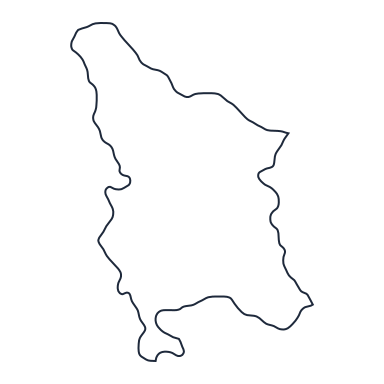 outline of Pedro Brand, Santo Domingo, Dominican Republic
{"feature_id": "3306468B67900396339745", "entity_name": "Pedro Brand", "entity_type": "district", "adm_level": 2, "iso_a3": "DOM", "parent_name": "Dominican Republic", "parent_adm1": "Santo Domingo", "projection": "robinson", "projection_center": [-70.09, 18.624], "detail": "fine", "context": "isolated", "style": "outline", "palette": "slate", "viewbox_px": 384, "rotation_deg": 0, "n_neighbors": 0, "source": "geoboundaries", "source_scale": "gbopen_adm2", "svg_char_len": 5167}
<svg xmlns="http://www.w3.org/2000/svg" viewBox="0 0 384 384"><path d="M78.2,29.9L77.1,31.3L76.1,32.8L74.4,36.6L72.1,40.8L71.7,41.8L71.3,43.8L71.2,45.9L71.3,46.9L71.9,48.8L72.4,49.7L73.0,50.3L75.9,52.4L78.2,54.4L80.5,56.8L82.5,59.5L83.5,61.4L84.7,64.4L86.4,68.0L87.1,69.8L87.6,72.0L88.2,78.3L88.7,80.2L89.0,81.1L89.5,81.9L90.0,82.5L92.7,84.6L94.0,86.0L95.1,87.5L95.9,89.4L96.4,91.5L96.7,94.9L96.7,100.6L96.4,105.2L96.2,107.5L95.7,109.6L95.1,111.5L93.9,114.1L93.3,115.9L93.1,117.9L93.4,120.0L93.7,121.0L94.8,122.9L98.0,127.2L99.1,129.1L99.9,131.1L101.3,137.3L101.7,138.3L102.7,140.0L103.3,140.7L104.7,142.0L106.2,143.0L108.7,144.4L110.2,145.6L111.4,147.0L112.4,148.7L113.1,150.7L114.0,154.9L114.6,156.9L115.5,158.9L119.0,164.2L119.7,165.9L119.9,167.5L119.5,170.4L119.5,171.1L120.1,172.6L121.2,173.9L122.6,174.9L124.2,175.5L127.5,176.2L128.3,176.6L129.0,177.1L129.6,177.9L130.0,178.8L130.3,180.6L130.1,182.6L129.8,183.5L129.3,184.3L128.7,185.1L124.2,187.8L121.6,189.1L120.6,189.3L118.6,189.5L115.7,189.2L113.9,188.7L111.0,187.2L110.3,186.9L109.4,186.9L108.6,187.0L107.9,187.4L106.6,188.5L106.0,189.3L105.6,190.1L105.4,191.1L105.3,192.2L105.6,194.2L106.4,196.0L108.2,199.3L109.9,203.2L111.8,206.7L112.6,208.5L112.9,209.6L113.3,211.7L113.2,213.9L113.1,215.0L112.6,217.1L111.6,219.1L106.3,226.2L103.4,231.8L99.2,237.7L98.5,239.5L98.3,240.5L98.5,241.5L98.8,242.4L99.7,244.2L103.4,249.3L105.7,254.0L106.8,255.9L109.6,259.4L118.1,268.6L119.4,270.4L120.5,272.3L120.8,273.3L121.0,274.3L121.0,276.5L120.5,278.4L118.5,282.6L118.2,283.6L117.8,285.7L117.7,287.9L117.8,288.9L118.3,291.0L118.8,291.8L119.9,293.2L121.4,294.0L122.2,294.2L122.9,294.1L125.4,293.0L126.8,292.6L127.6,292.7L128.3,292.9L129.0,293.3L129.6,294.0L130.3,295.5L131.2,299.2L131.9,301.2L133.0,303.1L136.8,308.6L137.8,310.5L138.4,312.6L139.3,316.8L140.0,318.9L141.0,320.8L144.0,325.0L144.9,326.7L145.2,327.6L145.3,328.6L145.2,329.6L144.9,330.5L143.9,332.2L141.5,335.4L140.3,337.2L139.8,338.2L139.1,340.3L138.7,343.7L138.5,348.1L138.7,351.4L139.1,353.4L139.5,354.3L140.0,355.2L141.3,356.5L145.9,359.4L147.6,360.2L148.6,360.5L150.6,360.8L155.6,361.0L156.2,358.0L156.6,357.0L157.5,355.3L158.8,353.8L159.6,353.2L160.4,352.7L162.3,352.0L164.4,351.7L166.4,351.7L168.5,351.9L170.5,352.3L172.4,353.0L176.2,355.3L178.0,356.0L179.8,356.0L180.7,355.8L182.3,354.9L183.3,353.5L183.7,352.6L183.9,351.7L183.8,350.8L183.4,349.2L182.3,346.8L180.5,341.9L178.9,338.9L173.1,337.2L168.1,334.4L164.5,332.7L162.7,331.5L161.0,330.1L159.5,328.5L158.0,326.8L156.8,324.9L156.0,322.8L155.6,320.6L155.6,318.4L156.0,316.2L156.4,315.2L157.4,313.4L158.8,312.0L160.4,311.0L161.4,310.6L163.5,310.2L166.8,310.1L174.4,310.2L176.4,310.1L178.4,309.7L180.0,309.1L182.4,307.2L184.1,306.5L186.0,306.1L191.3,305.4L193.4,304.8L195.1,304.0L198.4,302.1L202.0,300.4L206.1,298.1L208.1,297.3L209.2,297.1L212.7,296.6L217.5,296.5L223.5,296.5L226.9,296.8L229.0,297.4L229.9,297.8L230.8,298.4L231.9,299.7L234.6,303.8L237.9,308.1L241.7,312.1L244.2,314.0L245.1,314.4L247.1,315.1L254.1,315.8L256.1,316.3L257.0,316.7L259.5,318.2L263.9,322.1L266.3,323.8L268.2,324.5L272.1,325.5L273.9,326.1L278.0,328.4L279.8,329.1L281.8,329.4L283.8,329.5L285.8,329.1L287.7,328.3L290.2,326.4L292.5,324.1L295.4,320.8L297.3,318.1L298.9,315.4L300.5,311.6L301.6,310.0L303.0,308.6L304.5,307.5L305.4,307.1L310.8,305.7L312.8,304.6L310.4,300.0L307.6,294.9L306.3,293.7L302.5,292.1L301.1,291.2L300.0,289.8L296.7,284.2L295.3,281.7L294.3,280.2L290.8,277.4L288.9,275.4L287.4,272.8L286.1,269.9L284.4,266.4L283.7,264.5L283.4,263.4L283.2,260.2L283.5,257.0L284.9,252.8L285.0,252.0L285.0,251.2L284.8,250.4L284.5,249.6L283.6,248.2L282.5,247.1L280.7,245.6L280.1,245.0L279.3,243.2L278.8,240.0L278.4,233.2L277.9,231.1L277.6,230.1L277.1,229.3L276.5,228.6L273.8,226.5L272.0,224.5L271.0,222.8L270.6,221.8L270.3,219.6L270.3,217.5L270.4,216.4L271.0,214.4L271.5,213.5L273.2,211.3L276.6,208.7L277.2,208.1L278.1,206.4L278.6,204.5L278.8,202.4L278.7,199.1L278.3,196.9L277.9,195.8L276.9,193.8L275.5,192.0L273.2,189.6L271.6,188.2L269.8,187.0L265.2,184.8L263.5,183.5L261.1,181.3L259.2,178.9L258.3,177.0L258.2,176.0L258.2,175.0L258.4,174.0L258.8,173.1L259.4,172.4L260.1,171.9L265.4,169.0L267.1,168.4L269.8,167.8L271.4,167.2L272.2,166.8L272.9,166.2L273.4,165.5L273.8,164.6L274.2,162.7L274.9,156.5L275.5,154.4L275.9,153.4L277.0,151.5L281.4,145.2L283.6,140.4L284.5,138.8L288.4,133.3L285.9,132.7L282.6,131.6L280.6,131.2L277.5,130.9L270.2,130.6L267.2,130.1L265.4,129.4L261.3,127.0L257.7,125.3L252.9,122.3L249.3,120.5L247.5,119.3L245.1,117.1L236.6,107.9L233.4,104.8L231.7,103.6L227.3,101.1L220.8,95.5L218.9,94.4L217.9,94.0L214.8,93.4L211.5,93.2L203.8,93.2L198.4,93.5L195.3,94.0L193.4,94.7L190.3,96.4L188.5,97.0L187.5,97.0L186.6,97.0L184.7,96.5L177.3,92.5L175.8,91.2L173.9,88.9L173.0,87.1L171.5,83.3L168.4,77.3L167.4,75.8L166.7,75.1L161.4,71.7L159.7,70.8L157.8,70.2L152.9,69.2L151.0,68.5L146.9,66.2L143.5,64.4L142.7,63.8L141.3,62.5L139.6,60.1L137.5,55.4L135.6,52.7L132.8,49.3L124.4,40.1L121.6,36.7L120.2,34.9L119.1,33.1L117.4,29.3L116.5,27.6L115.3,26.0L114.6,25.4L113.0,24.3L112.1,23.8L110.1,23.3L107.0,23.1L100.7,23.0L95.5,23.4L92.6,24.2L88.4,26.4L86.7,27.1L81.9,28.5L78.2,29.9Z" fill="none" stroke="#1e293b" stroke-width="2"/></svg>